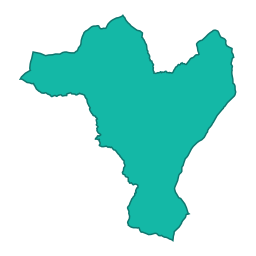 Chivor, Boyacá, Colombia
{"feature_id": "7082276B38103327022456", "entity_name": "Chivor", "entity_type": "district", "adm_level": 2, "iso_a3": "COL", "parent_name": "Colombia", "parent_adm1": "Boyacá", "projection": "robinson", "projection_center": [-73.366, 4.86], "detail": "fine", "context": "isolated", "style": "filled", "palette": "teal", "viewbox_px": 256, "rotation_deg": 0, "n_neighbors": 0, "source": "geoboundaries", "source_scale": "gbopen_adm2", "svg_char_len": 5679}
<svg xmlns="http://www.w3.org/2000/svg" viewBox="0 0 256 256"><path d="M233.7,57.4L233.0,54.3L232.0,52.7L231.8,52.2L231.8,51.1L232.1,48.7L231.9,48.4L229.4,47.3L226.8,45.8L225.9,44.2L225.7,42.3L225.9,40.8L225.0,39.4L223.9,38.5L220.9,37.2L219.8,35.4L218.7,32.7L217.8,31.1L215.6,30.2L214.4,30.2L213.2,30.5L212.5,31.2L210.3,32.6L208.1,34.4L205.6,37.0L202.1,40.2L200.2,40.7L199.1,41.3L197.6,42.5L196.6,44.0L196.7,45.2L197.4,47.3L197.9,50.9L198.5,52.3L199.0,54.3L198.7,54.6L198.2,54.8L196.2,54.8L195.4,55.3L194.0,56.8L192.8,57.7L192.4,57.9L192.0,57.8L191.4,58.3L190.6,58.5L189.4,60.3L186.3,64.4L185.2,64.3L184.6,63.8L184.0,63.6L182.7,63.7L182.1,62.8L181.4,63.3L180.7,63.5L180.6,64.1L180.1,64.7L179.6,64.9L178.6,64.5L178.1,64.8L176.9,66.6L175.9,67.0L175.6,67.3L174.6,69.3L174.0,70.0L173.1,72.1L172.3,72.9L171.8,73.1L170.8,72.7L169.6,72.8L169.4,72.5L168.8,72.7L168.2,72.7L167.5,72.4L166.8,72.5L166.0,71.3L165.2,71.4L164.0,72.3L162.4,72.1L161.6,72.7L161.3,72.6L160.9,71.8L160.4,71.8L160.2,72.3L159.5,72.6L158.4,72.7L158.1,72.9L157.6,72.7L156.3,73.3L155.4,73.4L153.8,73.0L153.8,72.7L154.0,72.3L153.9,71.6L153.2,70.8L153.3,70.2L153.0,69.1L153.4,67.9L152.9,66.6L152.9,66.0L153.5,65.0L153.5,64.7L152.8,63.6L152.4,63.4L151.8,61.1L150.2,60.6L150.2,59.6L149.5,58.6L149.4,57.6L149.7,57.1L149.6,56.0L148.8,54.2L147.8,53.2L147.9,51.8L147.8,51.0L147.0,49.8L146.6,45.8L146.3,44.5L145.7,43.7L144.8,42.0L144.8,41.5L144.4,41.0L144.0,39.9L143.4,39.4L142.7,37.9L141.9,37.4L142.4,33.9L142.4,32.9L139.9,30.9L137.9,30.5L136.9,30.2L131.1,26.0L129.7,24.3L128.1,22.9L126.5,21.0L125.7,19.9L124.6,17.4L123.9,17.0L122.9,15.4L122.6,15.8L120.8,16.8L118.3,17.7L116.4,18.0L113.2,19.6L111.4,20.7L109.7,22.2L108.0,24.1L106.0,28.1L105.2,28.4L103.6,28.2L101.8,28.8L100.7,28.7L100.1,28.2L99.4,27.4L98.7,26.0L98.3,25.8L97.8,25.7L95.4,26.1L93.7,26.1L92.2,26.5L90.9,27.3L87.6,30.1L85.6,31.1L84.0,32.7L83.8,33.5L82.3,36.8L81.3,40.2L80.9,44.1L80.3,45.6L78.5,47.8L77.9,49.6L77.0,51.0L76.2,51.3L74.3,52.9L71.0,52.9L68.7,52.6L66.3,52.0L64.5,52.1L62.7,52.5L59.9,54.1L55.5,54.0L52.4,54.8L48.6,55.0L45.6,55.7L40.5,53.5L33.1,52.0L31.7,58.7L30.8,61.3L30.2,64.1L29.8,68.2L30.0,69.6L30.4,70.3L25.4,73.2L21.5,76.9L20.3,79.1L21.1,79.0L22.4,79.4L27.1,82.5L29.5,82.8L31.5,83.6L32.3,83.7L33.5,83.5L34.1,84.9L34.9,86.0L36.4,89.0L38.9,91.2L39.9,91.6L41.4,92.8L42.0,93.0L44.1,93.2L45.1,92.7L46.5,93.1L47.5,94.0L50.2,95.0L50.3,95.4L51.5,96.5L52.2,96.5L54.1,95.6L54.9,95.5L55.6,95.6L56.2,96.2L56.9,96.3L57.9,95.5L59.3,95.0L60.4,94.8L61.1,94.8L61.5,95.1L61.9,95.7L62.6,96.0L65.5,95.4L66.0,95.6L66.7,95.5L66.8,94.9L66.8,94.3L67.0,93.8L70.7,92.7L71.8,93.9L74.3,94.0L75.1,94.2L75.7,94.8L76.3,94.9L77.0,94.8L78.1,94.0L78.7,94.0L79.4,93.3L79.8,93.3L80.3,93.8L80.8,93.7L81.6,94.1L82.2,94.1L84.6,95.3L85.2,97.2L85.6,97.5L86.0,98.5L86.8,99.0L87.3,102.2L87.8,103.5L89.3,106.5L90.2,107.7L90.1,108.2L89.6,108.7L89.6,109.3L90.2,110.8L91.7,113.3L92.8,114.5L93.1,115.4L95.5,116.3L95.7,117.2L96.9,118.1L97.3,119.0L96.5,119.4L96.2,119.9L97.0,123.3L96.8,123.9L96.4,124.5L96.4,125.0L98.0,126.6L98.0,127.0L96.9,128.2L96.8,128.6L97.2,129.3L96.9,130.2L97.2,131.1L98.3,132.9L100.6,134.4L100.7,134.9L99.3,136.0L98.9,136.1L98.4,135.8L98.2,135.9L97.8,135.8L97.5,136.0L97.4,136.7L97.3,137.0L96.6,137.3L96.3,137.8L96.2,138.2L95.8,138.3L95.4,139.0L95.7,139.2L96.7,139.0L97.9,139.5L99.3,139.3L99.4,139.9L99.0,140.6L99.9,142.2L100.1,143.4L100.1,144.0L99.3,145.1L99.4,145.5L100.2,146.0L100.8,146.1L101.6,146.6L103.1,146.7L106.3,146.2L106.9,146.5L108.1,147.3L108.9,146.9L109.3,146.9L110.1,147.5L110.6,147.5L111.2,147.1L111.7,147.4L113.5,149.6L113.9,149.9L115.0,150.1L115.5,150.4L117.9,153.6L119.9,155.6L120.0,156.3L121.5,157.9L122.6,159.6L123.8,160.4L124.1,161.1L124.0,163.0L125.0,165.3L124.6,166.8L124.0,167.3L123.7,168.0L123.3,171.1L122.6,171.9L122.4,172.5L122.8,173.8L123.1,174.2L124.6,174.7L125.0,175.1L125.3,176.2L125.7,176.7L127.8,177.3L128.2,177.8L128.3,181.3L129.2,182.0L129.6,183.1L130.1,183.2L131.3,182.8L133.2,184.8L133.8,184.7L134.4,184.2L135.6,184.1L137.2,184.7L137.7,185.1L137.9,185.8L137.9,187.2L137.8,187.7L136.9,187.9L135.8,190.3L135.6,191.3L136.0,191.9L136.1,192.4L136.0,192.8L135.1,193.0L134.8,193.5L134.7,195.4L133.1,197.1L132.7,198.0L131.7,199.1L131.2,200.5L130.3,202.4L129.2,205.4L128.0,206.7L127.6,207.6L127.6,208.2L129.0,211.5L128.8,213.3L129.6,216.1L129.4,218.5L127.9,221.6L127.7,222.2L127.7,222.9L128.0,223.5L128.3,223.9L128.2,225.0L130.4,226.7L132.1,227.4L133.5,227.7L136.6,227.7L137.2,228.0L138.6,227.7L139.2,228.2L139.7,229.8L140.8,231.8L141.3,232.1L142.5,232.1L146.9,233.8L148.6,234.6L151.1,234.4L154.5,233.4L155.9,233.3L157.0,233.8L158.6,235.4L159.0,235.6L160.5,235.7L161.7,235.4L162.2,236.0L164.3,237.1L166.2,237.3L167.7,237.9L169.6,239.0L171.9,239.7L172.4,240.3L172.9,240.6L173.4,236.0L174.0,234.0L174.2,231.7L179.1,227.0L181.5,223.3L181.6,222.5L182.8,220.5L184.9,218.1L185.6,217.0L186.0,215.1L186.5,214.3L187.9,214.2L189.0,213.8L188.0,213.0L186.4,207.7L184.6,203.7L180.7,198.5L178.7,197.7L176.5,193.8L175.5,192.3L174.8,189.9L174.5,188.7L174.8,187.2L177.6,180.6L178.8,175.2L179.8,173.7L181.2,172.4L181.8,171.3L181.8,167.6L182.2,166.6L183.1,165.5L183.7,163.2L185.2,158.8L187.1,156.8L188.1,155.3L191.4,148.9L193.2,146.4L197.2,142.5L199.3,141.0L201.7,139.8L204.2,137.4L205.7,134.7L206.2,133.5L207.5,131.9L207.7,130.3L209.2,127.9L210.1,127.1L211.7,125.0L212.6,123.2L213.2,122.5L217.1,115.5L222.4,109.2L223.3,108.4L223.7,107.2L224.8,106.4L227.4,102.7L234.2,96.1L235.0,94.8L235.7,92.0L235.1,89.6L235.0,86.1L234.3,84.3L233.0,83.3L232.8,79.1L231.9,74.3L231.8,73.3L231.8,71.7L232.1,70.2L231.9,69.1L232.0,67.8L232.4,66.7L232.1,65.6L231.1,64.2L231.3,62.4L231.8,60.9L232.2,58.6L232.6,57.9L233.7,57.4Z" fill="#14b8a6" stroke="#0f766e" stroke-width="1.5"/></svg>